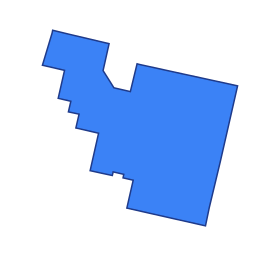 Serra do Mel, Rio Grande do Norte, Brazil (Albers equal-area conic projection), rotated 283°
{"feature_id": "56859067B45182411512134", "entity_name": "Serra do Mel", "entity_type": "district", "adm_level": 2, "iso_a3": "BRA", "parent_name": "Brazil", "parent_adm1": "Rio Grande do Norte", "projection": "albers", "projection_center": [-37.03, -5.14], "detail": "fine", "context": "isolated", "style": "filled", "palette": "blue", "viewbox_px": 256, "rotation_deg": 283, "n_neighbors": 0, "source": "geoboundaries", "source_scale": "gbopen_adm2", "svg_char_len": 611}
<svg xmlns="http://www.w3.org/2000/svg" viewBox="0 0 256 256"><g transform="rotate(283 128 128)"><path d="M116.1,225.5L193.7,225.3L193.3,191.0L193.0,168.4L192.5,125.1L192.6,122.4L164.0,122.1L164.0,111.1L164.0,105.2L170.6,98.6L178.3,90.8L205.9,90.6L206.1,49.4L206.3,32.6L203.5,32.7L169.9,30.5L169.9,53.2L141.2,53.3L141.2,66.3L130.3,66.3L130.5,77.2L118.3,77.2L116.3,77.2L116.3,100.5L77.9,100.7L78.0,111.4L78.1,118.2L78.2,123.4L81.9,123.4L81.9,134.3L78.3,134.4L78.3,144.8L49.7,144.9L49.8,168.7L49.9,187.7L49.9,191.5L50.1,225.5L68.9,225.1L116.1,225.5Z" fill="#3b82f6" stroke="#1e3a8a" stroke-width="1.5"/></g></svg>